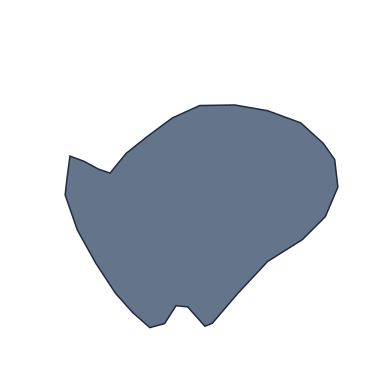 an SVG outline of Niamey, rotated 135°
{"feature_id": "NER-94", "entity_name": "Niamey", "entity_type": "Capital District", "adm_level": 1, "iso_a3": "NER", "parent_name": "Niger", "parent_adm1": "", "projection": "albers", "projection_center": [2.146, 13.496], "detail": "fine", "context": "isolated", "style": "filled", "palette": "slate", "viewbox_px": 384, "rotation_deg": 135, "n_neighbors": 0, "source": "natural_earth", "source_scale": "10m", "svg_char_len": 530}
<svg xmlns="http://www.w3.org/2000/svg" viewBox="0 0 384 384"><g transform="rotate(135 192 192)"><path d="M147.6,80.3L187.6,89.4L231.9,87.9L270.4,84.8L277.8,87.9L276.3,113.8L283.7,122.9L304.4,118.3L317.7,125.9L319.2,148.7L317.7,174.6L310.4,209.6L300.0,246.1L283.8,279.6L270.4,290.3L252.9,303.7L246.7,290.2L242.1,274.7L236.6,263.3L211.2,265.9L184.6,262.9L153.5,258.3L125.4,247.7L100.2,223.3L81.0,195.9L66.2,163.9L64.8,133.5L68.2,114.0L85.4,92.3L115.1,80.3L147.6,80.3Z" fill="#64748b" stroke="#1e293b" stroke-width="1.5"/></g></svg>